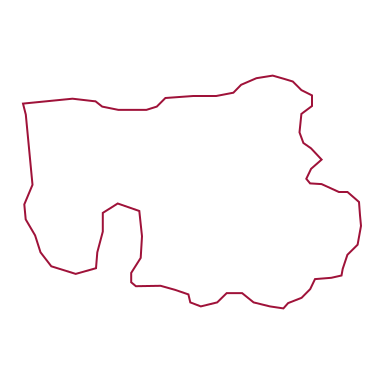 the district of Kungsbacka, Halland, Sweden
{"feature_id": "70781695B93011743740918", "entity_name": "Kungsbacka", "entity_type": "district", "adm_level": 2, "iso_a3": "SWE", "parent_name": "Sweden", "parent_adm1": "Halland", "projection": "natural_earth1", "projection_center": [12.215, 57.462], "detail": "fine", "context": "isolated", "style": "outline", "palette": "rose", "viewbox_px": 384, "rotation_deg": 0, "n_neighbors": 0, "source": "geoboundaries", "source_scale": "gbopen_adm2", "svg_char_len": 1000}
<svg xmlns="http://www.w3.org/2000/svg" viewBox="0 0 384 384"><path d="M341.5,275.5L342.7,268.9L347.4,254.8L357.6,244.7L361.0,225.9L360.0,215.3L359.0,202.0L347.5,192.0L338.9,192.0L321.6,184.1L310.1,183.4L306.3,178.8L311.1,168.8L321.6,159.6L311.0,148.3L303.4,143.0L299.5,132.4L301.4,113.9L312.0,106.0L312.0,95.4L301.4,90.1L292.8,81.5L284.2,78.9L273.4,75.8L272.7,75.6L256.4,78.2L241.1,84.8L233.4,92.7L216.2,96.0L193.2,96.0L165.4,98.0L156.8,106.6L146.3,109.9L118.5,109.9L102.2,106.6L95.5,101.3L93.2,101.1L72.5,98.7L23.0,103.6L25.8,114.6L32.5,184.8L24.3,204.4L25.7,219.4L35.1,235.4L40.5,252.3L51.3,266.3L75.7,273.9L96.0,268.2L97.3,252.3L102.8,231.6L102.8,212.9L117.7,203.5L139.3,211.0L142.0,236.3L140.7,257.9L131.2,272.9L131.2,282.3L135.9,286.2L160.6,285.8L174.9,289.8L188.4,294.4L190.3,302.4L200.8,306.4L217.2,302.4L226.7,293.1L242.1,293.1L253.6,302.4L269.9,306.4L283.4,308.4L288.1,303.1L301.6,297.8L310.2,289.1L315.0,279.1L331.3,277.8L341.5,275.5Z" fill="none" stroke="#9f1239" stroke-width="2"/></svg>